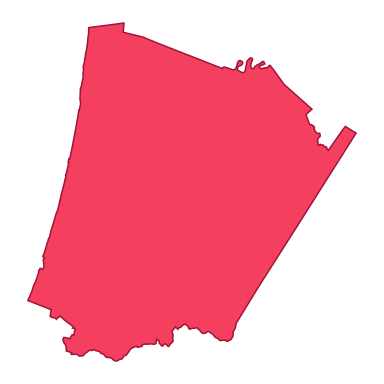 Horowhenua District, Manawatu-Wanganui, New Zealand (orthographic projection)
{"feature_id": "76426892B7250308358266", "entity_name": "Horowhenua District", "entity_type": "district", "adm_level": 2, "iso_a3": "NZL", "parent_name": "New Zealand", "parent_adm1": "Manawatu-Wanganui", "projection": "orthographic", "projection_center": [175.297, -40.577], "detail": "fine", "context": "isolated", "style": "filled", "palette": "rose", "viewbox_px": 384, "rotation_deg": 0, "n_neighbors": 0, "source": "geoboundaries", "source_scale": "gbopen_adm2", "svg_char_len": 5739}
<svg xmlns="http://www.w3.org/2000/svg" viewBox="0 0 384 384"><path d="M236.0,323.6L258.5,286.9L295.4,229.0L356.1,133.1L345.3,126.4L342.8,129.7L328.4,150.2L327.9,149.9L327.0,148.9L326.9,148.7L326.8,147.7L326.2,146.9L325.6,146.6L325.0,146.7L323.8,146.0L323.0,144.9L322.4,145.1L321.5,144.9L320.3,144.3L320.0,144.4L319.4,145.3L318.7,145.4L318.3,145.3L317.9,144.8L318.1,144.2L317.9,143.8L318.2,142.2L317.9,141.8L317.4,140.5L317.4,140.1L318.0,139.1L318.2,138.4L319.1,137.2L319.8,136.9L320.2,135.9L320.1,134.6L319.6,133.6L319.6,133.3L317.6,133.4L316.8,133.0L315.4,131.4L314.9,131.1L314.8,129.9L314.0,128.9L314.3,127.9L314.4,127.0L313.5,126.0L313.1,125.9L312.4,125.2L311.2,124.7L310.4,124.6L309.8,124.9L305.9,114.6L312.0,109.2L284.1,84.4L273.0,69.0L271.1,66.7L270.1,65.3L269.3,65.5L267.6,67.4L267.1,67.7L264.5,67.9L263.0,68.3L262.3,68.7L260.6,68.4L260.0,68.1L259.6,67.8L259.4,67.4L259.5,66.7L260.2,65.7L263.8,64.5L264.8,63.9L264.6,63.2L263.7,61.6L263.1,61.4L262.3,61.7L259.7,63.7L257.7,64.8L256.8,65.1L254.8,66.7L254.3,67.4L254.3,67.9L253.6,68.4L252.8,68.6L251.5,68.2L251.0,67.4L250.7,65.4L251.2,62.4L251.9,61.3L252.6,59.7L252.6,59.3L252.1,58.4L251.6,58.0L250.6,57.9L250.0,58.2L249.0,59.0L248.2,59.8L247.1,61.3L246.8,62.0L246.6,62.8L246.5,64.5L245.7,67.6L245.3,70.3L245.0,71.1L244.5,72.0L243.9,72.4L242.9,72.6L242.2,72.5L240.6,71.9L238.8,70.8L237.5,69.6L237.3,69.1L237.5,67.9L238.1,66.9L239.2,66.2L240.4,65.7L241.9,64.6L242.6,63.7L242.8,62.9L242.6,62.3L242.1,61.5L241.1,60.8L240.3,60.6L239.3,60.6L238.9,60.8L238.1,61.6L237.5,62.8L237.2,64.6L236.4,67.2L235.3,69.0L234.3,69.6L233.1,69.8L232.1,69.6L227.2,67.8L224.3,67.1L223.5,67.1L223.0,67.4L222.6,67.9L222.6,68.6L158.5,43.5L145.2,38.1L144.8,37.6L123.2,32.2L124.0,23.0L88.8,27.6L88.7,28.7L88.6,33.8L88.0,37.3L87.4,43.9L86.7,47.9L86.3,50.9L86.0,51.8L85.8,52.9L85.6,53.5L85.2,57.0L84.7,59.8L84.5,61.6L83.9,63.8L83.3,66.4L83.2,66.7L83.1,68.0L83.8,69.4L83.3,71.1L83.0,73.4L83.0,75.0L83.2,76.8L81.9,83.1L81.5,85.6L80.7,87.9L80.3,89.3L80.5,89.3L80.1,94.0L80.2,96.0L79.9,98.1L80.6,103.0L80.4,104.8L79.2,110.4L78.8,110.3L78.0,115.7L75.9,127.6L74.6,134.3L72.4,146.2L69.7,158.9L68.9,158.6L68.6,160.1L68.1,162.5L68.7,162.6L68.7,162.8L67.9,166.7L66.2,173.6L65.9,174.2L65.6,175.4L66.1,175.6L65.9,176.5L65.4,178.0L65.0,180.1L64.7,180.7L64.4,182.7L64.1,183.4L64.1,184.0L63.7,185.5L63.0,188.0L62.5,190.0L61.3,194.0L61.2,195.3L60.9,196.1L60.4,198.7L59.8,200.7L59.3,203.4L58.3,207.3L57.8,209.9L57.5,210.4L57.2,211.4L57.0,211.5L57.0,211.8L56.1,213.6L55.5,215.8L54.7,218.2L54.6,219.1L54.1,220.5L53.9,221.6L51.7,228.4L50.7,231.9L50.6,232.7L49.9,235.5L49.9,236.0L49.8,236.4L49.9,236.9L48.9,237.9L48.4,238.9L48.2,240.3L47.7,241.6L47.5,242.3L46.6,244.7L46.5,245.6L46.1,246.7L46.1,247.2L45.5,248.8L45.3,249.8L43.7,254.4L42.9,256.0L42.9,256.4L43.0,256.8L44.6,257.8L43.4,259.5L43.2,260.0L43.5,261.4L43.4,262.4L43.9,264.1L43.8,265.1L44.1,267.2L43.9,267.5L43.3,267.9L43.1,269.0L42.6,269.4L42.3,269.5L41.6,269.2L41.0,268.4L40.6,268.3L40.0,268.6L38.8,270.6L38.6,271.1L38.8,271.5L38.8,272.0L38.4,273.0L38.1,274.4L37.5,275.5L36.8,278.5L36.0,280.0L35.6,281.6L34.0,284.5L32.6,288.8L31.9,291.3L30.5,294.2L30.0,295.6L29.9,296.2L28.7,298.4L27.9,300.6L45.2,307.3L51.2,309.8L50.1,315.8L50.2,316.4L50.3,316.5L51.0,316.6L51.4,317.2L52.2,317.5L53.0,317.7L53.7,317.4L55.3,318.2L55.6,318.3L56.3,319.3L58.1,317.5L59.1,316.8L59.3,316.8L59.5,316.4L59.9,316.1L63.4,318.8L64.1,319.8L73.7,327.1L72.7,328.1L75.1,328.7L73.7,335.1L72.1,334.7L71.7,335.8L70.9,336.6L69.9,338.7L64.0,337.3L63.2,338.3L62.9,340.3L63.6,341.1L63.6,341.6L63.9,342.8L65.0,344.0L66.2,346.8L66.1,348.3L66.4,350.1L66.2,350.5L66.1,350.9L71.7,352.7L71.6,353.4L71.0,354.1L71.5,354.4L74.6,354.4L75.6,354.1L76.1,354.1L77.2,354.6L78.7,355.5L79.2,356.0L79.6,356.2L80.4,355.9L81.1,356.0L81.9,355.8L82.3,355.9L83.5,355.5L83.9,355.1L84.8,353.7L85.2,353.3L87.3,352.0L89.6,350.3L90.2,350.1L91.9,350.6L93.6,349.7L94.6,349.8L95.7,350.7L97.6,351.0L100.1,351.8L100.6,353.1L104.0,354.5L105.1,356.1L105.6,356.8L106.3,357.2L107.2,357.5L109.1,357.4L110.7,358.1L111.7,358.2L112.1,358.4L113.0,359.7L113.7,360.2L115.4,360.9L116.8,361.0L117.8,360.7L119.8,359.2L121.6,359.1L122.1,358.8L122.5,358.3L123.5,356.3L124.1,355.9L125.7,355.4L126.6,354.7L127.0,354.3L127.2,353.8L127.9,353.0L130.1,349.6L130.8,348.9L131.9,348.1L136.1,346.3L136.7,346.4L137.3,347.2L137.6,347.3L141.1,346.6L142.4,346.0L142.5,344.9L142.8,344.5L143.9,344.2L144.9,344.1L147.0,344.2L150.5,343.9L151.8,343.9L153.4,344.3L155.4,343.9L155.9,343.6L156.2,342.5L156.2,341.7L156.5,340.7L156.6,339.3L157.9,340.3L158.8,340.8L159.1,342.0L159.6,343.4L160.8,345.0L161.8,346.0L162.3,346.1L162.8,345.9L163.2,345.5L163.7,344.4L164.5,344.0L165.2,343.8L165.6,344.0L166.7,345.0L167.7,346.1L168.5,346.4L169.0,346.3L170.3,343.9L170.7,343.8L170.8,343.5L172.5,342.1L173.0,341.2L173.1,340.6L172.8,339.6L172.6,337.8L172.7,337.3L173.0,336.7L173.1,335.8L172.9,334.2L172.4,332.6L172.3,331.1L172.6,330.3L174.8,327.9L175.0,326.9L175.5,326.9L176.0,327.5L178.0,329.3L178.2,328.4L178.4,328.2L179.3,327.7L180.7,327.4L181.3,326.6L182.7,325.5L182.9,324.8L184.5,324.5L185.5,324.0L186.2,324.9L187.7,326.1L188.1,326.6L188.7,328.5L189.5,329.0L190.5,329.1L192.2,328.3L194.5,328.3L197.1,327.7L197.4,327.9L197.7,328.7L198.4,329.4L199.8,330.2L200.5,331.5L201.0,332.1L202.3,333.2L203.5,333.5L204.4,333.4L206.3,332.7L207.3,331.6L207.7,331.5L209.5,331.9L210.9,333.2L211.8,333.6L213.0,334.5L214.8,336.9L215.2,337.3L216.3,337.9L217.5,338.1L219.0,339.8L219.8,340.4L220.6,340.6L222.3,340.2L225.2,340.3L226.3,340.7L227.1,341.4L227.5,341.3L231.1,339.4L231.8,338.0L232.4,337.4L232.9,336.3L233.2,334.1L233.3,333.7L233.1,333.0L233.1,332.5L233.2,331.7L233.4,331.3L234.1,330.6L234.5,329.8L234.7,328.8L235.1,328.3L235.4,327.8L236.0,323.6Z" fill="#f43f5e" stroke="#9f1239" stroke-width="1.5"/></svg>